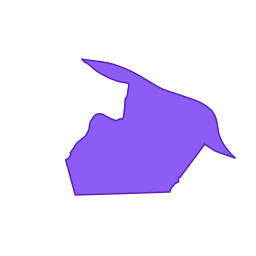 outline of Hendrik-Ido-Ambacht, Zuid-Holland, Netherlands, rotated 328°
{"feature_id": "6326949B24881260895403", "entity_name": "Hendrik-Ido-Ambacht", "entity_type": "district", "adm_level": 2, "iso_a3": "NLD", "parent_name": "Netherlands", "parent_adm1": "Zuid-Holland", "projection": "albers", "projection_center": [4.638, 51.847], "detail": "fine", "context": "isolated", "style": "filled", "palette": "violet", "viewbox_px": 256, "rotation_deg": 328, "n_neighbors": 0, "source": "geoboundaries", "source_scale": "gbopen_adm2", "svg_char_len": 5511}
<svg xmlns="http://www.w3.org/2000/svg" viewBox="0 0 256 256"><g transform="rotate(328 128 128)"><path d="M125.4,45.8L125.9,48.1L126.2,49.1L126.4,49.7L126.8,50.2L127.0,50.5L127.3,50.8L127.6,51.5L128.0,52.5L128.2,52.8L128.3,53.1L128.6,54.1L128.7,54.4L128.9,55.1L129.2,55.9L129.4,56.5L129.8,58.0L130.0,58.7L130.2,59.3L130.4,59.8L130.7,60.8L131.2,62.2L131.8,63.5L132.1,64.3L132.5,65.0L133.3,66.6L133.7,67.5L133.8,67.7L134.7,69.2L135.5,70.6L136.0,71.5L136.2,71.9L136.7,72.6L137.4,73.7L138.1,74.8L138.7,75.7L139.2,76.4L139.8,77.4L140.2,78.0L140.8,78.7L141.4,79.4L142.2,80.4L142.3,80.6L142.7,81.1L143.1,81.6L143.6,82.3L144.2,83.0L144.6,83.4L144.7,83.6L145.1,84.0L145.5,84.3L146.1,84.9L146.7,85.5L147.0,85.8L147.4,86.2L147.9,86.6L148.2,86.8L149.0,87.5L150.0,88.4L150.7,89.0L150.9,89.2L151.1,89.4L151.3,89.5L151.5,89.9L151.6,90.0L151.9,90.3L152.0,90.5L152.1,90.8L151.8,91.6L151.6,91.9L151.2,92.4L151.0,92.7L149.5,94.3L148.1,95.9L146.6,97.8L146.0,98.4L144.8,99.7L143.9,100.5L142.4,101.3L141.4,102.3L141.3,102.2L141.3,102.3L140.9,102.4L140.3,103.1L139.6,103.6L139.3,104.1L139.0,104.6L138.8,104.8L138.5,105.2L138.3,105.5L138.2,105.8L137.7,106.5L136.7,107.9L135.4,109.8L135.2,110.1L134.7,110.5L134.4,110.7L134.2,110.9L134.2,111.0L133.9,111.5L133.8,111.8L133.7,111.9L133.6,112.0L133.4,112.3L133.0,112.7L132.6,113.1L132.3,113.6L132.1,113.8L131.8,113.9L131.2,114.7L130.3,115.7L129.6,116.5L128.8,117.2L128.6,117.3L128.2,117.5L127.1,116.7L126.9,116.6L126.3,116.2L125.8,115.9L125.5,115.8L124.2,115.8L124.1,115.7L123.5,115.8L122.5,115.7L121.9,115.5L121.4,115.3L121.3,115.2L121.2,114.9L121.4,114.7L120.7,114.3L120.6,114.2L120.3,113.7L119.8,112.7L119.7,112.6L118.5,111.4L117.9,110.6L116.6,107.9L116.3,107.6L114.7,104.9L114.1,103.5L113.8,103.4L113.5,103.0L113.6,102.7L113.3,102.5L112.9,102.2L112.0,101.1L111.9,101.1L111.6,101.0L110.8,100.6L110.2,100.2L109.8,100.1L109.0,99.9L108.3,99.7L107.9,99.6L107.5,99.7L107.3,99.8L106.7,99.9L106.5,100.0L106.4,100.0L105.6,100.0L104.9,100.2L104.3,100.5L103.6,100.7L102.9,101.2L102.8,101.4L102.5,101.5L102.2,101.5L101.7,101.7L100.9,102.2L99.7,102.7L99.4,102.9L98.3,103.8L96.3,105.8L95.3,107.2L95.3,107.3L95.2,107.4L95.0,107.6L95.0,107.8L94.5,108.1L93.9,108.5L93.2,109.0L92.9,109.4L90.8,110.7L90.7,110.7L88.9,111.8L86.7,112.4L85.9,112.5L85.4,112.6L84.5,112.6L83.6,112.7L81.8,112.9L81.2,113.0L79.8,113.3L78.8,113.3L77.6,113.4L77.0,113.7L75.1,114.2L72.9,115.3L72.6,115.4L72.3,115.6L71.8,115.9L71.5,116.1L70.4,116.7L70.2,116.7L70.2,116.8L68.7,117.1L68.3,117.4L67.0,118.1L66.4,118.1L65.8,118.4L65.6,119.8L65.0,120.2L64.7,120.5L63.5,121.1L62.8,121.7L62.3,121.9L62.1,122.0L61.8,122.1L61.5,122.1L61.2,122.1L60.9,122.1L59.6,122.1L58.3,122.0L58.0,123.0L57.5,124.4L57.0,126.1L56.0,129.6L51.9,143.0L50.5,147.7L48.7,153.5L47.9,156.3L47.8,156.6L47.9,156.8L48.0,156.8L48.1,157.0L48.5,157.2L50.0,158.1L52.7,159.7L53.4,160.1L54.5,160.7L59.1,163.5L61.2,164.7L65.7,167.3L66.9,168.0L68.1,168.7L76.4,173.5L78.2,174.6L78.9,175.0L79.3,175.2L79.9,175.6L80.7,176.1L81.8,176.7L82.4,177.1L83.2,177.5L83.9,177.9L84.5,178.3L85.1,178.7L86.5,179.5L87.1,179.8L88.4,180.6L88.8,180.8L99.3,186.9L105.0,190.2L120.2,199.0L120.4,199.1L126.5,202.6L129.0,204.0L129.7,204.4L130.1,203.9L130.5,203.5L130.7,203.4L130.9,203.3L131.1,203.1L131.3,203.0L131.5,202.8L131.7,202.7L132.0,202.5L132.1,202.4L132.4,202.3L132.9,202.0L133.1,201.9L133.3,201.8L133.6,201.6L133.8,201.5L134.0,201.5L134.2,201.4L134.5,201.3L134.6,201.2L134.8,201.2L135.3,201.0L135.6,200.9L135.9,200.8L136.1,200.7L136.4,200.6L136.6,200.6L136.9,200.5L137.1,200.5L137.4,200.4L138.0,200.3L138.3,200.3L138.5,200.2L138.8,200.2L139.1,200.2L139.3,200.2L139.7,200.1L140.0,200.1L140.4,200.1L140.6,200.1L140.9,200.1L141.4,200.2L141.7,200.2L142.1,200.2L142.4,200.4L142.5,200.3L142.7,200.0L143.0,199.5L143.2,199.0L143.8,198.2L144.6,196.7L144.8,196.7L146.0,197.4L161.4,191.4L166.4,189.5L168.3,188.7L171.8,187.4L176.2,185.6L177.9,185.0L178.5,184.8L179.0,184.6L179.4,184.4L179.3,184.2L180.0,184.0L180.5,184.0L180.9,183.8L181.5,183.5L181.9,183.3L182.9,182.8L183.5,182.5L183.7,182.3L184.3,182.0L184.4,182.4L184.9,183.5L185.7,185.1L186.4,186.6L187.1,188.1L187.7,189.4L188.1,190.5L188.3,190.8L188.9,192.0L189.1,192.5L189.9,193.7L190.8,195.1L190.9,195.3L191.9,196.5L193.2,198.2L195.3,200.8L197.4,203.4L198.1,204.2L198.3,204.5L203.2,210.7L202.4,207.8L202.1,206.8L201.9,206.0L201.6,204.6L201.3,202.8L201.0,201.3L200.9,200.5L200.9,200.1L200.8,199.5L200.7,197.7L200.6,196.5L200.4,194.4L200.4,193.4L200.4,192.4L200.4,191.6L200.4,190.8L200.4,190.1L200.5,189.2L200.6,188.3L201.1,185.0L201.5,182.9L201.6,182.3L201.9,181.2L202.2,180.3L202.9,178.8L205.2,173.1L206.6,169.8L207.5,166.7L208.2,163.5L208.2,160.2L208.2,157.7L208.0,156.8L207.7,155.9L207.4,154.8L207.0,153.8L206.7,152.9L206.1,151.2L205.5,149.7L205.0,148.7L204.5,147.8L204.1,147.0L203.7,146.1L203.2,145.4L202.6,144.3L202.4,144.0L201.7,143.1L200.7,141.6L199.8,140.3L198.5,138.7L197.2,137.1L195.4,134.8L192.1,130.8L191.0,129.2L189.3,127.2L187.9,125.6L186.2,123.5L184.4,121.4L182.5,119.2L182.0,118.6L180.0,116.1L177.9,113.3L176.1,110.4L174.5,107.5L168.2,95.2L167.6,94.0L167.0,92.8L166.2,91.2L165.5,89.9L164.8,88.6L163.8,86.9L162.9,85.3L162.1,84.0L161.3,82.6L160.5,81.3L159.6,80.0L158.6,78.5L157.3,76.5L156.0,74.7L155.4,73.9L154.4,72.5L153.7,71.5L153.2,70.9L152.5,70.0L151.6,69.0L150.5,67.6L149.5,66.4L148.4,65.3L147.7,64.5L147.3,64.1L146.5,63.3L144.0,60.9L142.8,59.8L141.6,58.7L139.2,56.6L137.8,55.5L134.8,53.0L133.0,51.6L128.2,47.7L127.9,47.5L127.6,47.2L126.1,45.7L125.6,45.3L125.4,45.8Z" fill="#8b5cf6" stroke="#5b21b6" stroke-width="1.5"/></g></svg>